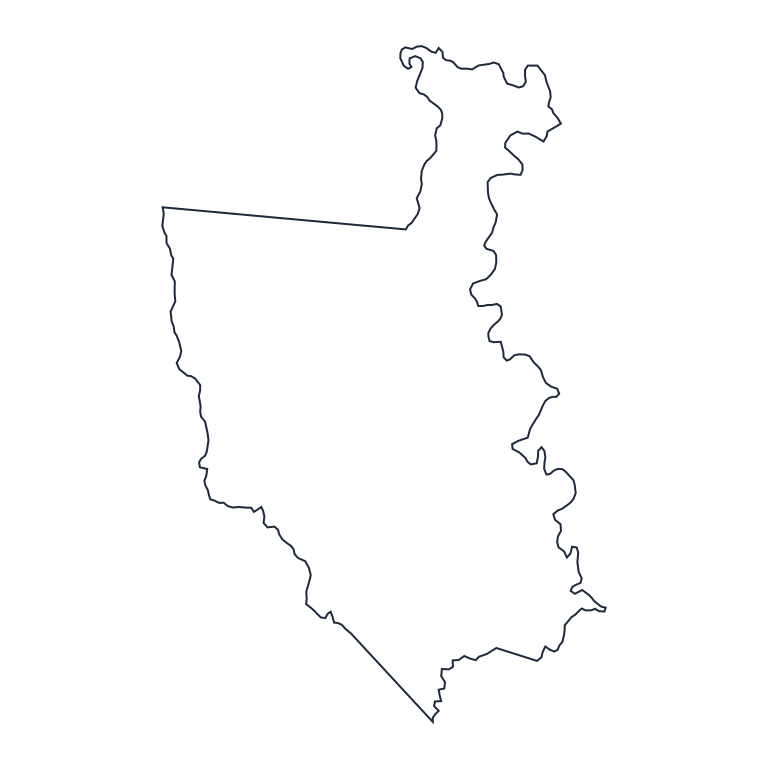 outline of Uirapuru, Goiás, Brazil
{"feature_id": "56859067B35943950615068", "entity_name": "Uirapuru", "entity_type": "district", "adm_level": 2, "iso_a3": "BRA", "parent_name": "Brazil", "parent_adm1": "Goiás", "projection": "robinson", "projection_center": [-49.926, -14.136], "detail": "fine", "context": "isolated", "style": "outline", "palette": "slate", "viewbox_px": 768, "rotation_deg": 0, "n_neighbors": 0, "source": "geoboundaries", "source_scale": "gbopen_adm2", "svg_char_len": 4644}
<svg xmlns="http://www.w3.org/2000/svg" viewBox="0 0 768 768"><path d="M415.6,87.7L419.4,93.1L424.0,94.5L427.3,97.0L429.5,100.5L437.8,106.6L441.0,110.0L442.2,113.6L442.3,118.2L440.4,125.2L436.7,128.4L435.1,135.6L436.2,140.2L436.5,145.5L436.3,150.8L430.4,157.9L426.6,161.1L424.3,164.6L421.8,170.8L421.0,179.3L421.8,183.9L420.3,191.5L416.7,198.2L418.3,203.5L419.6,208.1L417.7,214.1L413.9,219.5L411.7,222.8L408.1,225.5L405.8,229.4L344.6,223.9L276.5,217.7L162.6,207.3L163.8,213.6L162.3,226.0L164.5,232.7L166.5,236.1L166.5,243.0L170.0,248.8L171.2,255.2L173.3,258.8L172.6,265.2L171.5,274.9L174.8,281.4L174.6,293.1L175.3,301.4L170.6,311.5L171.7,321.4L173.7,326.6L174.5,332.3L176.6,335.5L179.2,342.2L181.3,351.0L180.0,356.6L176.7,363.1L179.4,369.3L182.9,372.0L187.3,375.7L190.7,376.0L195.0,378.4L200.2,385.1L200.1,390.6L198.8,396.1L200.6,406.2L200.2,411.3L201.0,416.7L205.0,421.5L206.3,427.2L207.7,433.9L208.5,440.2L207.6,446.0L206.9,451.1L205.2,455.6L201.0,459.0L199.1,462.3L199.9,467.3L203.7,468.2L207.2,469.0L206.3,475.8L204.4,480.8L205.2,485.2L207.8,490.0L208.9,494.9L210.3,499.3L214.2,500.5L219.1,502.9L223.7,502.7L227.8,506.1L232.4,507.5L238.3,507.0L242.9,507.3L246.6,507.7L251.2,507.7L253.9,511.9L257.8,509.4L261.3,507.0L263.1,510.8L264.4,516.7L263.6,523.0L267.6,527.4L274.4,526.6L278.0,529.7L279.3,534.6L282.4,539.4L287.1,543.2L291.3,546.2L293.7,549.5L294.6,554.1L297.9,557.9L305.2,561.2L308.9,567.9L310.7,574.9L310.0,578.7L306.3,591.7L306.7,598.9L306.1,604.0L313.9,610.3L316.7,613.4L320.9,617.5L325.5,618.0L327.5,614.0L330.6,611.7L332.4,616.3L334.1,622.6L337.8,623.0L341.7,624.7L345.7,629.1L350.8,633.3L432.8,721.9L432.8,717.8L434.9,714.6L438.7,710.8L434.1,706.2L434.9,701.5L441.1,701.1L439.6,695.1L438.7,689.7L444.3,688.5L445.0,682.1L441.2,676.2L441.9,669.0L448.8,669.4L452.9,666.9L452.7,660.4L458.7,660.0L464.2,656.0L470.2,658.6L475.7,660.2L479.0,656.7L482.8,655.4L487.0,653.9L491.3,651.2L496.3,648.0L537.1,660.9L541.5,657.3L542.6,652.2L545.3,646.5L549.9,649.7L554.2,651.6L557.7,649.7L559.4,645.5L562.5,641.7L563.9,635.5L564.7,630.0L564.7,625.3L571.6,617.1L575.3,614.6L578.2,611.7L581.7,608.5L585.6,610.4L591.3,610.3L595.0,608.8L599.1,611.2L604.4,611.5L605.7,607.7L601.2,606.6L597.2,603.5L594.1,601.0L591.6,597.7L588.5,594.6L582.2,590.0L574.9,593.8L570.7,590.9L572.0,587.3L575.5,585.0L580.5,582.9L581.7,578.3L578.7,572.0L577.4,562.3L578.2,552.8L576.8,547.6L572.1,546.7L570.4,553.5L566.9,557.5L563.9,551.2L558.6,547.4L557.1,541.9L558.0,536.3L561.0,530.8L560.5,524.2L555.1,519.9L553.3,514.2L557.9,510.4L561.8,508.9L565.3,506.5L568.4,504.3L571.1,502.0L573.5,498.9L575.7,493.2L574.8,485.3L573.4,480.1L569.1,475.5L566.1,472.2L562.6,469.2L557.3,469.0L553.8,470.7L549.8,474.0L546.4,474.5L544.1,468.6L544.6,461.7L545.4,457.7L544.4,451.0L541.5,447.2L538.2,450.7L538.0,456.6L536.7,463.3L530.8,464.4L527.4,461.7L525.5,458.1L519.5,452.6L512.6,448.9L512.1,444.2L517.8,441.1L521.3,439.8L527.7,437.7L530.1,428.9L532.7,424.4L536.4,418.4L538.9,414.9L540.9,410.2L542.8,405.6L545.4,400.9L549.2,397.8L552.5,396.9L556.3,396.9L559.2,393.7L557.2,388.7L551.2,386.7L545.9,382.9L543.0,377.2L540.9,370.1L538.0,366.5L533.5,362.1L529.6,356.2L524.8,354.5L518.7,354.4L514.3,355.3L509.9,359.4L506.7,360.6L503.6,357.2L503.3,351.6L500.7,341.8L493.6,342.2L489.6,341.1L488.5,336.9L488.3,333.1L490.4,328.7L493.6,325.1L497.4,321.9L500.2,319.0L502.0,314.7L500.7,306.4L496.9,303.9L491.9,305.0L487.7,305.0L482.8,306.0L478.3,306.0L477.0,301.8L475.1,298.6L471.4,294.7L470.0,289.4L473.1,283.5L480.3,280.8L486.0,279.3L490.8,274.7L494.9,269.0L496.3,262.5L496.1,255.0L493.6,251.0L486.5,248.8L484.2,245.7L485.5,242.0L488.3,238.0L492.1,232.7L493.5,227.5L495.7,222.2L497.1,214.4L494.6,210.2L490.8,202.7L489.0,198.2L488.0,192.8L487.6,182.1L490.9,177.9L497.4,174.9L502.0,174.7L510.6,173.6L514.4,174.4L520.6,174.8L522.6,169.9L522.4,164.4L518.5,159.5L513.4,155.1L508.8,150.7L505.1,147.6L505.3,142.9L510.4,135.4L517.4,131.6L522.7,133.7L528.6,133.5L535.3,136.6L543.5,141.5L546.5,136.5L547.6,131.4L553.7,128.0L560.9,123.6L557.5,117.8L553.3,113.0L552.0,109.4L548.4,106.4L549.0,102.2L550.7,97.3L550.1,91.1L548.2,86.4L546.3,81.2L545.0,75.3L537.5,65.6L527.8,65.6L525.0,69.9L525.0,75.5L525.8,81.9L523.0,86.3L518.6,87.5L513.6,85.5L507.2,83.6L503.8,77.0L503.3,73.0L498.7,64.2L493.7,62.5L489.5,63.9L478.5,65.5L472.2,69.4L466.3,68.6L461.5,68.8L457.5,67.1L453.1,62.0L449.8,60.6L446.1,60.2L443.1,57.9L442.5,52.0L438.7,48.0L435.8,52.8L431.7,51.8L426.0,47.8L421.5,46.1L416.7,46.7L412.1,49.0L405.3,47.4L401.9,49.5L400.5,53.0L400.3,58.3L403.9,65.9L408.1,68.8L411.4,67.0L409.4,63.6L409.6,58.4L415.2,56.1L420.5,58.3L422.8,62.0L422.5,67.9L417.2,81.0L415.6,87.7Z" fill="none" stroke="#1e293b" stroke-width="2"/></svg>